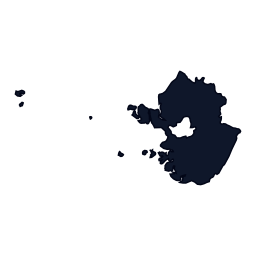 SVG path tracing the border of Gyeonggi
{"feature_id": "KOR-2498", "entity_name": "Gyeonggi", "entity_type": "Province", "adm_level": 1, "iso_a3": "KOR", "parent_name": "South Korea", "parent_adm1": "", "projection": "robinson", "projection_center": [126.66, 37.546], "detail": "fine", "context": "isolated", "style": "filled", "palette": "ink", "viewbox_px": 256, "rotation_deg": 0, "n_neighbors": 0, "source": "natural_earth", "source_scale": "10m", "svg_char_len": 6010}
<svg xmlns="http://www.w3.org/2000/svg" viewBox="0 0 256 256"><path d="M159.1,104.1L158.6,96.8L158.9,94.8L159.8,94.2L161.1,94.0L162.9,93.4L165.7,91.3L171.6,82.5L172.9,81.3L175.6,79.3L176.7,78.0L179.1,72.4L179.9,71.4L181.3,72.0L184.8,74.2L185.4,75.5L186.2,76.1L186.8,76.8L187.3,78.2L188.1,79.3L188.9,79.2L189.8,80.0L192.1,82.0L194.7,83.2L195.6,81.8L195.6,79.0L195.8,78.2L196.3,77.6L196.8,77.9L196.9,78.8L197.2,79.6L198.6,80.5L200.2,80.3L201.2,79.3L202.1,78.1L202.6,77.7L203.2,77.6L203.8,77.8L204.2,78.1L203.6,79.3L203.0,80.8L203.1,82.4L204.2,83.3L205.3,84.0L207.9,84.6L210.9,83.6L212.1,84.4L212.5,84.3L212.9,84.0L213.4,83.9L213.9,84.3L214.6,86.3L214.9,90.3L215.8,92.5L217.6,93.8L219.3,93.7L220.8,93.8L221.8,96.3L223.1,96.9L224.5,97.1L226.1,99.6L225.8,103.0L225.0,104.2L223.5,104.6L220.0,107.2L220.1,108.5L220.2,109.8L219.8,111.0L220.3,112.5L220.7,114.1L218.7,116.4L219.5,117.4L221.3,116.8L221.3,118.5L221.0,120.2L220.3,121.7L220.2,123.0L221.7,124.3L223.6,123.7L225.6,124.0L227.3,125.1L229.1,125.8L233.0,127.9L235.4,128.2L237.1,128.8L238.8,129.0L239.8,129.9L240.6,131.2L239.9,132.7L238.5,133.2L237.2,134.8L236.3,136.3L236.7,138.2L236.2,140.1L231.9,149.0L228.8,156.4L224.6,164.1L224.0,164.9L222.9,165.7L218.8,173.1L217.0,174.3L216.6,173.8L215.3,173.5L214.2,174.6L213.6,176.1L212.8,177.1L211.0,177.9L209.8,179.1L209.2,181.6L206.9,182.3L203.9,183.7L200.7,184.6L197.4,184.2L194.7,182.0L191.6,180.6L185.8,183.0L183.0,183.0L179.7,182.4L180.6,181.7L181.7,181.2L182.5,180.4L182.9,178.4L182.8,178.0L182.0,177.1L182.4,176.8L183.1,176.8L184.1,176.3L184.7,176.2L185.2,175.9L185.4,174.9L181.2,176.0L180.5,176.9L180.8,179.5L180.3,180.1L178.6,180.6L176.3,180.3L173.5,178.8L171.0,176.4L170.1,174.1L174.3,173.7L174.3,173.1L173.3,172.5L174.1,172.4L174.9,172.5L175.6,172.7L176.2,173.1L175.9,171.5L174.9,170.1L174.2,168.4L174.7,166.2L173.9,165.8L173.3,166.6L172.9,168.0L172.8,169.3L172.5,170.8L171.8,171.2L171.2,170.5L168.5,171.1L165.2,170.2L165.3,169.2L164.9,168.4L165.2,167.2L165.1,165.8L165.9,164.4L166.8,163.1L168.0,162.5L169.2,162.1L170.9,162.1L172.8,161.6L173.2,161.0L173.3,159.4L172.9,159.1L171.9,159.7L170.5,160.9L169.6,160.7L168.9,160.3L168.5,159.6L168.5,158.6L166.9,159.4L165.5,160.4L163.0,163.0L162.4,163.5L161.6,163.8L160.8,163.7L160.3,163.3L160.4,162.5L160.8,161.8L161.8,160.3L159.8,160.8L159.1,160.6L158.9,159.4L159.3,158.6L160.1,158.1L161.1,157.8L161.8,157.4L162.7,156.3L162.5,156.0L160.6,156.2L160.0,155.9L158.4,152.8L158.7,152.7L159.4,152.1L159.9,152.5L160.7,152.5L162.0,152.1L163.2,152.4L164.1,153.0L165.0,153.3L166.1,152.8L166.0,153.7L166.1,154.6L166.4,155.3L167.1,155.7L167.8,155.4L168.2,154.6L168.5,152.8L169.7,151.0L170.7,151.2L171.8,151.8L173.3,151.6L173.0,150.9L172.6,150.4L172.0,150.0L171.4,149.9L170.4,149.9L169.9,149.2L168.9,149.1L168.1,149.3L167.2,149.3L165.9,149.0L163.7,148.4L160.6,146.1L160.5,145.1L161.8,143.2L162.8,142.3L165.0,141.7L166.4,140.7L167.4,138.8L168.1,136.7L167.4,135.7L166.3,135.0L165.5,133.3L165.5,131.3L161.4,127.5L154.6,127.7L153.7,125.7L152.4,123.5L151.6,122.8L151.6,121.6L151.3,119.9L150.5,117.3L149.5,110.3L149.8,109.1L150.7,109.0L154.6,110.3L155.8,110.0L156.8,109.6L157.7,109.4L158.7,110.0L159.0,111.0L159.2,112.6L159.1,114.2L158.7,115.3L158.6,117.3L160.8,119.0L163.5,120.1L165.2,120.2L163.9,118.9L159.9,116.1L161.0,113.1L161.4,111.3L161.1,110.0L160.4,108.7L160.3,107.0L160.6,105.3L161.3,103.9L160.8,103.3L160.1,103.4L159.1,104.1ZM190.5,127.6L191.1,125.2L191.1,123.1L190.4,121.2L189.9,118.5L188.7,116.6L186.2,116.4L184.0,116.9L182.6,118.3L181.6,120.3L180.0,122.3L176.8,122.6L176.4,123.9L176.3,125.4L174.8,126.2L173.2,126.8L170.9,125.5L169.0,125.3L167.9,127.5L169.6,129.5L171.0,131.4L171.3,133.8L172.7,134.7L174.8,135.3L176.8,137.9L179.8,138.0L181.1,137.8L182.3,137.1L184.1,136.6L185.8,136.2L186.6,138.0L188.7,137.0L190.7,136.5L192.5,135.5L193.2,134.4L194.4,132.8L193.8,132.2L193.8,130.7L194.9,130.0L195.8,129.5L196.0,128.2L195.5,127.0L194.1,127.0L192.4,127.6L190.5,127.6ZM147.9,123.7L147.3,123.7L146.9,123.6L146.2,122.8L145.7,122.5L145.3,122.6L144.7,123.0L141.0,123.2L139.7,122.6L138.2,120.8L140.4,120.2L140.9,119.9L141.5,119.0L141.4,118.6L141.0,118.3L140.7,117.9L138.2,113.3L138.0,112.6L138.3,111.7L138.2,107.7L138.5,106.8L139.2,106.5L140.8,104.7L142.1,104.4L143.2,105.1L144.3,106.3L145.3,107.3L147.6,108.4L148.5,109.2L148.8,110.6L148.8,111.3L148.4,112.4L148.3,112.9L148.5,113.5L149.1,114.7L149.3,115.3L149.5,118.3L149.3,119.0L149.7,119.5L150.3,120.8L149.4,121.3L148.6,123.1L147.9,123.7ZM23.7,91.1L24.5,92.0L24.4,93.3L23.4,94.0L22.0,93.2L20.2,93.3L19.9,93.5L19.9,94.4L20.6,94.7L21.4,94.9L21.8,95.2L20.3,96.3L17.5,95.9L15.4,94.1L16.1,91.1L17.9,91.7L21.8,90.4L23.7,91.1ZM133.0,106.2L134.4,106.2L135.7,106.4L136.3,107.1L135.8,108.6L134.6,109.6L133.1,109.7L130.1,109.1L128.7,109.8L128.0,109.8L127.8,108.9L128.7,106.2L129.6,105.4L130.6,105.2L131.7,105.5L133.0,106.2ZM136.3,114.6L138.2,116.0L138.8,116.7L139.0,117.5L138.2,118.5L136.8,118.5L132.1,115.0L132.7,114.5L133.0,113.8L133.4,112.2L133.6,111.8L134.3,111.0L134.7,110.9L135.0,111.1L135.2,111.3L135.6,113.5L135.9,114.1L136.3,114.6ZM155.3,152.7L155.6,153.8L155.3,154.6L151.7,157.3L150.1,157.5L150.1,157.1L150.9,156.1L151.0,155.5L150.6,155.0L151.5,154.0L151.6,153.0L151.2,151.8L150.7,150.9L150.2,150.3L150.3,150.2L151.5,150.7L152.5,149.9L152.5,150.7L152.8,151.3L153.6,151.8L154.9,152.3L155.3,152.7ZM146.2,150.7L146.9,151.1L147.2,152.2L146.9,152.5L146.1,152.8L145.8,153.3L145.8,153.8L145.2,154.5L144.4,154.7L143.8,154.3L143.3,154.4L142.8,154.1L142.6,153.0L142.8,151.9L143.3,151.2L144.6,150.5L146.2,150.7ZM119.4,154.9L118.7,155.3L118.4,155.2L118.7,153.5L119.1,152.3L119.6,151.6L120.1,152.0L120.6,152.8L121.1,153.2L122.9,154.1L123.4,154.7L123.1,155.2L122.2,156.1L121.6,156.3L120.7,156.4L120.0,156.1L119.4,154.9ZM22.5,102.5L23.1,102.7L23.1,103.3L22.3,105.6L21.8,105.9L21.2,105.9L20.8,106.0L20.4,106.4L20.2,106.4L20.2,106.1L19.5,105.0L19.7,104.3L20.9,103.4L22.0,102.4L22.5,102.5ZM90.5,116.7L91.2,116.8L91.7,117.3L91.5,118.2L90.8,118.8L90.4,119.0L89.8,117.5L89.9,116.8L90.5,116.7Z" fill="#0f172a" stroke="#020617" stroke-width="1.5"/></svg>